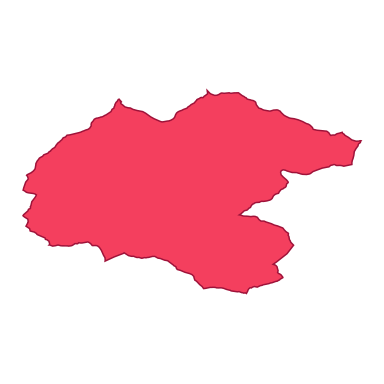 outline of Bunesti, Brasov, Romania
{"feature_id": "2599482B80312338976993", "entity_name": "Bunesti", "entity_type": "district", "adm_level": 2, "iso_a3": "ROU", "parent_name": "Romania", "parent_adm1": "Brasov", "projection": "robinson", "projection_center": [25.052, 46.093], "detail": "fine", "context": "isolated", "style": "filled", "palette": "rose", "viewbox_px": 384, "rotation_deg": 0, "n_neighbors": 0, "source": "geoboundaries", "source_scale": "gbopen_adm2", "svg_char_len": 5948}
<svg xmlns="http://www.w3.org/2000/svg" viewBox="0 0 384 384"><path d="M293.6,245.2L290.7,242.2L290.4,241.1L289.4,239.5L288.9,236.5L288.1,235.1L288.5,233.8L288.3,233.3L287.7,232.7L286.6,232.2L285.7,231.4L284.0,229.6L283.2,228.4L282.6,227.9L277.5,225.9L274.4,225.1L271.4,223.7L266.1,222.0L264.1,221.1L261.3,221.1L260.7,220.9L258.9,219.5L257.4,217.3L255.1,216.4L253.2,216.3L250.8,216.6L247.4,216.2L244.2,216.1L243.2,216.0L240.6,215.1L239.3,214.9L241.1,213.7L244.4,210.7L246.3,210.3L247.4,209.9L248.8,208.3L250.5,207.4L250.8,206.5L252.2,204.5L252.7,204.1L253.7,203.8L254.6,203.0L256.3,202.5L259.4,202.3L260.4,201.7L261.7,201.3L263.6,201.4L266.9,200.9L269.8,200.1L270.7,199.7L272.1,198.5L273.3,196.1L273.9,195.4L275.3,194.3L276.9,193.7L278.5,193.3L279.2,191.9L281.0,189.6L283.2,188.7L283.8,188.1L285.0,187.5L286.0,186.6L286.7,183.8L288.1,182.7L288.2,182.1L287.6,181.2L286.5,179.9L283.2,177.0L281.1,174.8L280.6,172.2L281.0,171.1L281.7,170.5L282.6,170.0L283.4,169.8L285.6,170.3L286.8,170.9L292.1,172.5L296.7,172.6L298.4,173.2L299.2,173.3L300.4,173.8L302.5,174.3L306.5,174.5L309.3,174.0L310.1,173.7L310.9,173.2L312.9,171.6L316.3,170.3L322.3,168.1L327.9,167.0L328.9,166.9L330.8,165.3L332.1,165.1L334.0,164.5L335.0,164.7L336.2,165.4L336.8,165.5L340.1,165.4L342.3,165.7L343.2,166.1L344.2,166.1L351.9,164.5L351.9,162.4L352.4,160.1L353.0,158.6L353.8,155.5L354.3,151.6L356.0,148.6L358.0,145.9L358.3,144.5L358.5,144.1L358.9,143.6L360.3,142.6L360.7,141.2L361.0,140.8L360.1,140.7L358.9,141.1L356.0,141.2L351.8,139.9L348.5,137.4L344.7,135.2L344.4,134.4L343.7,134.1L342.4,133.0L342.2,132.3L339.3,133.2L337.0,133.7L334.7,135.1L333.2,135.0L331.5,135.2L330.9,135.5L330.6,135.4L329.2,133.5L328.8,132.7L326.7,131.2L316.9,130.2L313.5,129.4L312.9,128.9L312.5,127.6L312.1,127.2L310.2,125.3L308.5,124.2L306.2,123.5L302.7,121.6L298.2,119.8L294.0,118.7L290.9,118.3L289.4,118.0L286.0,116.4L284.2,115.4L283.5,114.8L281.0,112.4L280.3,111.3L277.8,110.0L276.7,109.9L273.6,110.1L270.5,111.0L269.6,111.1L263.9,110.1L262.8,109.7L261.0,108.7L258.8,108.1L256.3,104.7L255.7,102.3L254.8,101.4L253.0,100.5L251.6,100.3L250.6,99.9L247.5,99.2L247.1,99.0L246.0,97.7L245.2,97.5L244.0,96.5L242.3,95.7L238.5,92.8L234.0,92.9L231.0,93.3L229.9,93.1L229.3,92.8L224.1,93.3L221.7,93.0L220.5,93.4L218.9,94.5L218.2,94.7L217.2,95.2L214.7,95.4L211.2,94.1L210.0,93.4L207.2,90.5L207.4,92.1L207.7,92.9L207.5,93.9L206.4,94.6L205.5,95.5L204.3,96.1L203.2,97.5L202.7,97.7L201.8,97.4L201.2,97.6L200.5,97.6L199.4,98.5L197.8,99.1L197.3,99.6L196.9,99.6L196.5,100.4L195.4,101.5L194.4,102.9L191.1,104.6L189.7,105.9L188.0,106.9L187.1,108.0L186.6,108.3L183.3,109.5L181.9,110.3L179.8,111.0L178.1,111.8L176.6,113.0L175.6,114.7L175.0,116.4L174.7,117.1L173.9,118.2L173.0,119.0L170.9,120.2L169.0,120.9L167.1,121.1L162.6,121.9L161.4,121.8L160.2,121.4L154.2,118.8L150.6,116.8L145.6,113.2L142.7,111.6L137.0,110.5L133.0,109.4L130.4,108.0L128.1,107.8L124.9,106.9L122.9,105.1L121.0,103.7L120.7,103.3L120.6,102.6L121.4,102.0L121.4,101.8L120.8,101.7L120.5,101.4L120.5,101.0L120.3,100.9L120.5,100.6L119.6,99.9L119.2,99.2L118.4,99.4L117.6,100.5L117.2,101.4L116.1,102.3L115.3,103.8L114.9,104.6L114.9,105.4L114.1,107.0L113.9,108.1L112.0,109.4L111.7,110.2L111.0,111.6L106.2,114.8L104.6,115.5L102.8,116.6L101.0,117.1L100.5,117.1L100.0,117.4L97.4,118.1L96.3,118.2L94.3,119.2L93.0,121.2L91.5,122.8L91.1,124.4L91.2,125.6L90.9,126.4L90.4,127.0L90.1,127.7L88.6,129.0L87.9,129.4L85.5,130.1L84.0,130.8L82.5,131.3L80.8,132.1L78.8,132.7L69.7,134.9L67.0,135.2L65.5,137.0L63.7,137.6L63.0,138.0L61.9,139.7L60.1,141.2L59.6,141.9L58.6,142.4L57.7,143.2L56.2,145.1L55.1,147.0L54.5,147.6L52.5,148.8L50.6,150.7L50.5,151.1L49.1,151.7L48.6,152.6L47.5,153.4L43.8,154.8L42.5,156.4L41.0,157.1L39.4,158.1L38.3,159.7L37.2,161.0L35.9,163.6L35.8,164.9L35.2,168.4L34.8,169.3L33.3,171.1L32.0,172.0L31.6,172.5L27.2,174.7L26.6,175.3L27.5,176.4L28.1,178.1L28.1,178.8L28.0,179.3L25.7,182.1L23.7,187.9L23.1,190.2L24.3,190.7L26.4,192.3L28.3,192.8L33.3,193.5L34.8,193.9L36.4,194.9L35.8,196.2L35.1,197.4L31.8,201.7L30.9,205.7L30.3,206.7L30.5,208.0L30.0,208.7L29.2,208.9L28.5,209.3L28.2,210.0L28.1,210.5L27.9,210.9L23.6,214.7L23.0,215.7L23.3,216.1L24.9,217.3L27.8,219.1L28.2,221.5L28.1,222.2L27.8,222.3L27.7,223.0L26.0,226.2L29.6,228.6L30.2,231.0L34.7,232.2L35.0,232.6L36.5,233.5L36.9,234.3L37.5,234.7L45.0,237.9L45.3,238.5L45.3,239.2L45.5,239.4L46.9,239.7L49.0,241.3L49.2,242.4L49.6,243.4L49.4,244.8L49.2,245.0L49.8,245.0L52.6,246.1L55.5,245.7L58.0,245.0L61.1,245.8L67.6,245.9L68.6,246.1L71.1,245.8L72.3,245.4L74.2,244.2L74.6,243.7L76.4,243.6L76.8,243.8L77.7,243.7L78.7,242.7L80.4,243.0L81.9,243.0L86.5,242.2L87.3,242.0L87.9,242.0L88.9,242.4L89.8,243.0L90.8,243.8L92.2,245.5L92.7,245.6L95.4,245.5L97.1,245.7L98.1,246.3L99.4,247.4L101.4,250.4L103.6,255.4L105.0,257.7L105.2,260.2L105.1,261.1L114.2,256.9L123.6,253.3L124.1,252.8L128.5,255.6L131.4,256.3L133.9,256.3L134.8,256.8L137.0,257.5L139.0,257.4L141.4,258.2L142.7,258.1L144.2,257.6L146.0,257.8L147.2,257.5L148.6,257.4L152.5,256.4L154.8,256.4L157.9,258.1L160.3,258.5L164.7,260.2L167.6,260.7L173.3,265.0L173.9,265.7L175.8,266.6L176.5,268.5L177.3,269.5L180.5,270.4L185.0,272.3L189.7,273.6L192.0,274.6L193.8,276.4L194.0,277.6L194.8,280.1L196.1,280.9L197.5,282.2L198.1,282.9L199.7,284.6L202.1,286.5L203.6,288.6L205.3,288.4L210.1,287.4L211.9,287.4L213.0,287.3L215.3,287.4L216.4,287.8L218.2,287.9L221.2,287.8L223.6,288.3L226.5,289.4L229.6,290.2L230.0,290.2L231.1,290.9L237.4,291.8L239.2,291.6L241.6,292.6L242.6,292.7L243.7,293.1L245.4,292.9L246.4,293.5L247.7,291.1L247.9,290.3L248.8,288.8L250.0,287.8L251.5,287.9L252.3,287.2L254.3,286.5L257.3,287.1L260.2,285.7L262.2,285.3L263.1,284.8L269.0,283.6L271.0,282.8L271.3,282.9L272.2,282.7L275.8,281.4L277.2,281.2L278.8,280.2L279.5,280.0L280.0,279.3L282.8,277.7L282.9,277.3L281.1,274.9L279.8,274.0L278.6,273.5L277.6,272.5L278.1,270.7L277.3,268.0L277.1,266.9L276.4,266.0L275.4,265.1L273.1,264.3L276.3,262.1L287.0,253.7L293.6,245.2Z" fill="#f43f5e" stroke="#9f1239" stroke-width="1.5"/></svg>